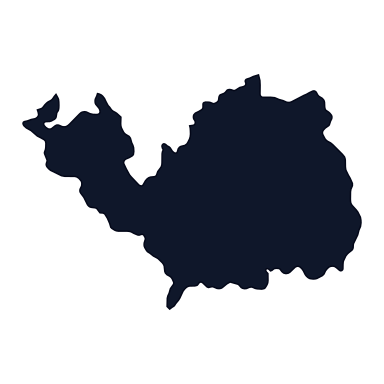 Cotuí, Sánchez Ramírez, Dominican Republic
{"feature_id": "3306468B72281596552802", "entity_name": "Cotuí", "entity_type": "district", "adm_level": 2, "iso_a3": "DOM", "parent_name": "Dominican Republic", "parent_adm1": "Sánchez Ramírez", "projection": "orthographic", "projection_center": [-70.199, 18.97], "detail": "fine", "context": "isolated", "style": "filled", "palette": "ink", "viewbox_px": 384, "rotation_deg": 0, "n_neighbors": 0, "source": "geoboundaries", "source_scale": "gbopen_adm2", "svg_char_len": 5951}
<svg xmlns="http://www.w3.org/2000/svg" viewBox="0 0 384 384"><path d="M37.4,109.9L38.1,111.9L38.6,114.6L38.2,116.1L37.2,117.4L35.8,118.4L34.7,118.8L31.2,119.5L27.5,120.9L24.4,121.6L23.5,122.1L23.2,122.6L23.0,123.7L23.4,124.8L24.0,125.8L26.3,127.9L31.1,130.6L37.3,136.0L41.0,137.9L44.3,139.8L45.4,141.0L45.9,143.2L45.8,147.0L45.5,149.4L44.6,151.9L44.4,152.8L44.6,153.8L47.1,160.1L47.1,161.1L46.4,163.3L46.2,164.4L46.4,165.6L46.9,166.7L48.6,168.7L50.5,170.3L61.5,175.7L64.7,176.3L74.7,176.4L76.6,176.8L78.8,178.2L80.9,180.6L81.5,181.7L81.8,183.0L81.8,184.2L81.6,186.0L80.2,188.9L79.9,190.0L80.0,191.8L80.9,193.4L83.9,197.4L87.5,204.7L88.6,206.0L90.0,207.0L91.7,207.4L95.2,207.8L96.7,208.4L100.0,212.8L102.9,213.0L103.9,213.4L104.8,214.0L107.4,218.2L109.7,223.5L110.8,227.3L111.9,228.4L114.6,230.1L116.3,230.8L118.2,231.1L126.9,231.1L129.6,231.4L131.3,231.9L133.8,233.3L137.8,235.0L139.2,235.1L141.3,234.4L142.3,234.3L143.3,234.7L143.7,235.0L145.1,237.5L145.4,239.0L144.2,243.0L144.1,244.8L144.2,246.0L144.8,247.6L146.5,250.5L147.5,251.7L149.9,253.2L153.4,256.0L156.6,257.7L158.2,258.7L162.3,262.7L163.4,264.2L164.2,265.9L164.8,271.4L165.4,273.0L167.0,274.7L169.9,276.3L171.2,277.4L172.2,278.8L173.7,282.2L173.8,283.2L173.5,284.3L170.4,288.7L169.1,293.3L167.9,295.8L167.3,298.2L167.1,306.5L169.7,309.1L172.0,307.3L173.8,306.2L174.5,305.5L175.7,303.6L178.5,300.2L179.8,298.1L183.0,291.2L184.5,289.2L185.9,287.8L186.9,287.0L188.6,286.2L189.9,286.0L194.8,285.9L196.5,285.5L197.4,285.1L198.8,283.2L199.4,282.5L200.3,282.1L200.8,282.0L201.8,282.2L202.7,282.8L207.0,286.9L208.5,287.5L211.3,286.8L212.9,286.7L217.0,288.4L218.8,288.6L220.0,288.5L221.2,288.2L222.3,287.6L226.8,283.9L230.1,282.0L238.2,284.3L239.0,285.0L241.2,287.5L242.4,288.2L243.5,288.5L244.7,288.7L246.5,288.5L249.4,287.3L251.1,287.0L252.2,287.1L255.2,288.4L257.1,288.8L261.8,289.1L264.1,288.6L265.1,287.9L266.6,285.5L267.5,283.6L267.8,282.4L268.0,280.4L267.9,273.5L266.4,271.9L265.7,270.6L265.8,269.5L266.6,268.7L267.1,268.6L268.1,268.8L269.0,269.3L270.5,270.9L271.9,270.4L273.7,268.9L274.7,268.5L276.3,268.3L278.1,268.4L279.2,268.6L280.1,269.2L281.9,271.6L283.6,273.0L285.4,273.5L286.6,273.5L288.4,273.1L290.0,272.1L295.3,267.0L297.0,266.3L298.2,266.2L299.9,266.9L301.8,268.6L303.3,270.7L305.2,274.5L306.4,276.1L307.8,277.4L308.9,278.1L310.0,278.6L313.1,279.0L315.0,278.9L316.8,278.5L322.4,275.6L324.0,274.0L325.5,270.8L327.1,268.8L328.9,267.1L330.7,266.3L333.1,266.1L334.9,266.6L336.5,267.7L339.6,270.4L340.6,270.8L341.7,270.6L342.5,269.9L342.9,269.0L343.0,264.3L343.2,261.8L343.6,260.6L345.8,255.9L347.4,253.9L348.8,252.6L351.9,250.2L352.8,248.9L353.1,247.8L353.3,244.7L353.5,243.6L357.7,234.9L358.9,230.2L360.5,226.5L361.0,222.8L360.9,220.2L360.4,217.2L357.8,212.0L356.2,209.9L352.1,205.4L351.4,204.3L350.8,203.1L350.5,201.2L350.4,199.2L350.5,191.8L350.9,189.3L352.4,185.7L352.4,183.4L350.1,178.2L348.4,175.3L346.1,170.6L345.7,169.4L345.4,166.8L345.3,160.1L345.1,158.8L344.5,156.9L342.4,154.3L332.7,144.6L330.6,142.9L327.4,141.2L325.7,139.7L325.0,138.8L322.9,134.8L322.4,133.2L322.5,132.0L322.9,130.8L323.6,129.8L325.3,128.0L328.6,125.7L329.3,124.9L330.5,121.2L331.7,118.8L331.9,117.7L331.9,116.5L331.5,115.3L330.0,113.4L328.6,112.1L325.8,110.2L325.2,109.3L324.7,107.2L324.5,102.3L324.2,101.1L323.7,100.0L322.2,98.3L318.9,96.3L317.8,95.1L316.5,92.7L315.9,91.8L314.7,91.0L313.7,90.9L312.7,91.1L309.3,92.7L306.3,94.4L304.1,95.3L291.4,101.9L289.7,102.4L287.9,102.4L286.6,102.2L283.0,100.6L279.0,99.5L274.7,97.7L270.8,97.3L263.0,97.3L261.8,97.1L260.9,96.4L260.3,95.5L260.0,94.3L260.1,85.2L259.9,80.5L258.5,74.9L253.3,76.5L249.9,78.1L246.8,79.1L246.0,79.5L245.4,80.3L245.2,81.2L245.9,83.6L245.8,84.4L245.4,85.3L244.7,86.0L243.2,86.7L239.8,87.5L235.7,90.1L234.7,90.5L233.7,90.6L231.4,89.8L229.8,89.5L228.2,89.7L227.2,90.1L225.3,92.4L224.0,93.4L220.6,94.7L219.7,95.3L219.0,96.9L218.6,99.8L218.3,100.9L217.2,102.1L215.5,103.1L214.1,103.6L213.1,103.6L210.1,102.4L208.9,102.2L205.6,102.1L203.9,102.6L203.2,103.3L203.0,104.2L203.0,107.6L202.4,109.0L201.7,109.7L198.9,111.4L195.4,113.1L193.9,114.7L193.5,115.8L193.4,117.0L193.5,118.1L193.9,119.2L194.8,120.5L195.2,121.6L195.3,122.8L195.0,124.0L194.2,124.9L193.2,125.3L189.7,125.8L190.2,128.0L190.4,130.7L190.5,134.1L190.2,136.8L189.5,139.1L187.7,142.7L186.7,144.1L184.9,145.4L180.9,146.4L179.5,147.2L178.2,148.9L177.5,151.4L176.9,152.7L175.9,153.2L174.3,152.9L172.4,151.3L170.2,147.9L169.0,146.8L167.2,145.9L165.8,144.6L164.8,144.0L163.8,143.8L162.8,144.3L162.1,145.3L162.0,146.5L162.5,148.4L163.3,149.7L162.4,151.9L162.1,153.8L162.0,162.5L161.9,164.5L161.4,166.4L160.8,167.5L157.8,171.5L156.7,174.7L156.0,176.0L154.5,176.7L150.5,177.1L148.8,177.7L147.2,178.8L145.5,180.7L143.0,185.1L141.8,185.9L141.3,186.0L139.6,185.5L138.7,184.8L131.3,177.0L129.6,175.0L126.2,168.8L123.8,163.7L123.6,162.5L123.9,161.3L124.4,160.3L125.2,159.5L126.1,158.9L129.2,157.6L132.0,156.0L132.8,155.3L133.4,154.4L133.8,151.5L133.6,147.7L132.9,145.3L131.7,142.8L130.4,138.2L129.1,136.4L125.7,134.4L124.4,133.3L123.4,131.9L121.6,128.3L121.2,127.3L120.8,125.4L120.7,123.5L120.9,117.1L116.7,113.3L115.3,112.4L113.2,111.3L111.5,109.9L109.7,107.3L108.1,105.6L106.0,101.7L104.5,98.5L102.7,96.2L101.3,95.0L99.2,94.0L97.5,93.6L96.8,95.9L95.4,98.9L95.1,100.1L95.1,102.0L95.3,103.2L95.8,104.3L99.0,108.2L99.8,109.8L100.1,111.5L99.9,112.7L99.3,113.7L97.8,114.4L96.7,114.5L93.0,114.4L90.0,113.7L86.4,112.0L84.6,111.7L82.2,112.1L81.0,112.7L79.5,114.0L69.5,124.2L68.0,125.5L66.3,126.5L65.1,126.8L63.3,126.8L62.1,126.6L58.6,125.1L56.9,125.0L55.3,125.7L51.5,128.7L50.3,129.1L49.1,129.1L47.9,128.8L45.8,127.4L44.2,125.6L43.7,124.5L43.7,123.4L43.8,122.8L44.6,122.0L46.1,121.6L49.6,121.5L51.3,121.0L54.6,119.2L55.7,118.0L56.1,117.0L56.8,112.7L58.1,110.8L58.5,109.8L58.8,108.0L58.9,105.3L58.8,102.0L58.5,99.3L57.8,97.7L56.0,94.4L54.3,96.4L53.1,98.2L52.1,99.5L50.8,100.5L48.1,101.9L46.7,103.0L44.9,104.8L42.5,107.9L41.1,108.7L37.4,109.9Z" fill="#0f172a" stroke="#020617" stroke-width="1.5"/></svg>